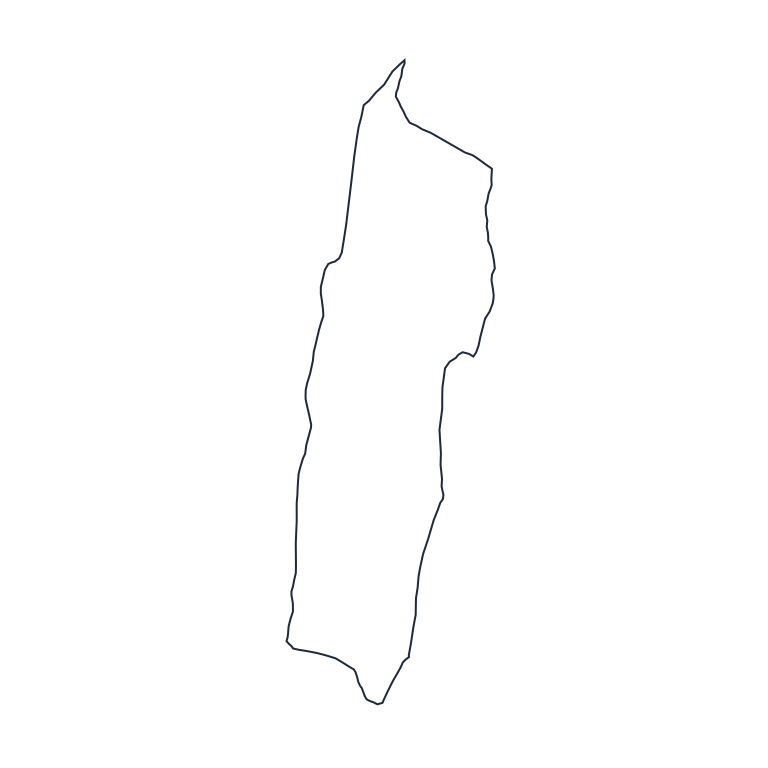 outline of Jokkmokk, Norrbotten, Sweden, rotated 256°
{"feature_id": "70781695B36834641182296", "entity_name": "Jokkmokk", "entity_type": "district", "adm_level": 2, "iso_a3": "SWE", "parent_name": "Sweden", "parent_adm1": "Norrbotten", "projection": "robinson", "projection_center": [18.54, 66.923], "detail": "fine", "context": "isolated", "style": "outline", "palette": "slate", "viewbox_px": 768, "rotation_deg": 256, "n_neighbors": 0, "source": "geoboundaries", "source_scale": "gbopen_adm2", "svg_char_len": 2373}
<svg xmlns="http://www.w3.org/2000/svg" viewBox="0 0 768 768"><g transform="rotate(256 384 384)"><path d="M425.8,500.9L428.7,504.0L436.1,509.1L440.7,511.0L443.5,511.9L450.2,512.7L458.7,513.4L464.3,515.4L469.3,519.5L477.8,520.6L486.2,521.0L491.5,521.0L497.5,519.7L501.1,520.6L505.7,521.4L511.7,521.7L517.7,523.8L524.0,524.0L531.8,525.6L536.4,528.4L543.5,531.6L548.2,534.9L551.0,536.6L556.7,537.7L566.8,540.8L572.1,536.1L582.2,527.6L584.8,525.0L584.9,524.8L589.1,518.5L602.7,504.4L616.6,489.9L621.8,482.8L626.7,478.0L631.3,472.1L638.0,469.9L643.9,468.8L649.5,467.3L653.6,466.7L660.0,465.0L663.9,466.4L667.5,469.0L674.3,472.4L678.5,475.3L685.4,478.0L690.0,481.5L693.2,482.2L690.3,476.6L685.2,467.8L674.4,456.5L668.9,446.8L662.4,437.8L659.5,431.8L648.8,426.7L639.6,421.6L630.1,417.5L612.8,410.5L586.7,400.7L564.2,392.1L547.4,385.7L530.8,378.7L521.7,374.8L516.8,370.9L514.6,365.7L514.6,362.7L513.9,358.9L508.9,354.1L502.3,350.8L493.5,346.2L487.2,344.6L479.9,343.9L470.8,342.8L464.6,341.6L459.7,338.4L452.7,334.3L445.0,330.3L439.1,327.3L432.1,323.6L423.7,320.6L411.9,314.8L403.5,309.7L397.2,306.6L392.1,305.2L388.4,304.3L380.7,304.0L372.4,303.9L362.2,303.5L359.3,302.6L354.1,299.7L343.7,293.9L335.4,290.6L331.6,287.5L324.3,283.1L317.7,279.5L310.8,277.2L303.5,274.9L297.6,273.2L289.3,270.4L272.7,266.3L250.6,259.8L239.3,257.1L235.1,256.1L228.9,254.6L221.9,252.7L215.3,249.3L210.0,246.9L205.1,244.0L201.4,243.1L193.2,242.5L185.2,240.6L179.1,236.7L172.1,232.9L165.0,230.5L161.5,229.2L158.2,227.2L157.6,227.5L155.0,228.8L152.2,230.7L149.3,231.9L146.7,237.1L143.5,244.6L139.3,253.6L135.1,261.4L129.6,270.6L122.8,277.4L119.2,280.8L116.6,283.4L114.3,285.7L111.2,286.7L106.0,287.0L100.7,287.0L96.6,287.9L94.3,288.9L90.7,289.3L86.1,289.8L83.2,290.5L81.7,291.4L79.3,294.3L78.0,296.4L74.8,300.2L75.0,305.4L77.8,307.5L85.1,313.4L93.6,320.7L100.2,327.1L105.0,331.6L109.3,334.9L111.5,338.5L113.0,342.2L114.7,342.4L127.5,348.1L140.3,353.4L152.4,358.9L168.4,363.2L178.1,367.3L188.9,371.0L196.2,374.2L209.4,380.7L222.9,389.3L239.6,399.1L249.4,406.1L254.9,409.7L258.1,413.3L261.9,414.8L270.7,415.1L277.7,417.3L291.7,419.3L303.2,422.5L326.0,426.7L345.9,434.5L358.2,437.6L366.6,439.9L376.1,443.7L384.5,447.0L389.8,453.2L391.9,459.9L394.4,463.2L395.8,468.0L392.7,473.7L389.1,477.3L392.3,481.0L398.3,485.0L406.8,489.1L423.0,497.9L425.8,500.9Z" fill="none" stroke="#1e293b" stroke-width="2"/></g></svg>